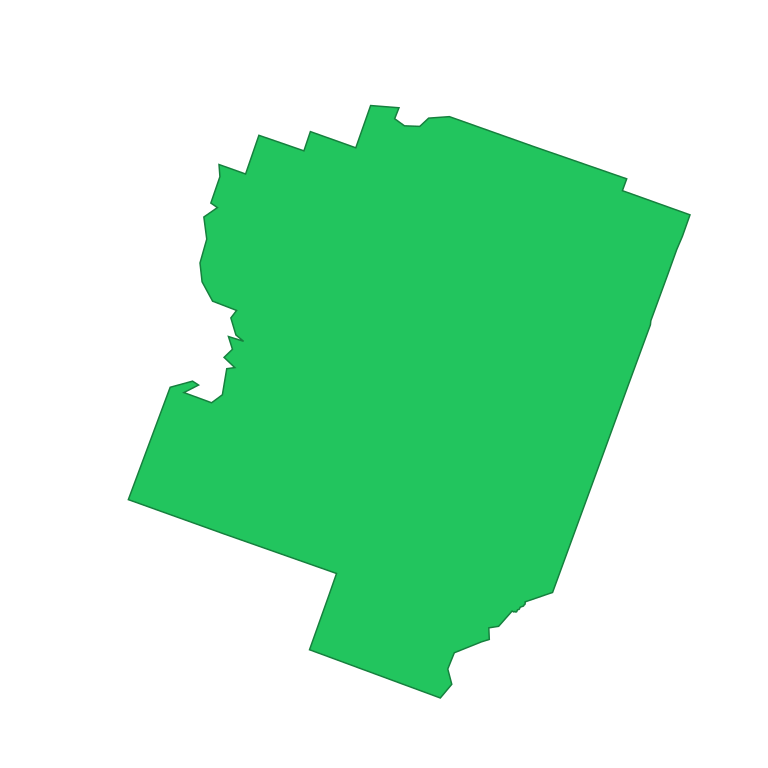 the district of Marion, Florida, United States of America, rotated 290°
{"feature_id": "52423323B27040576130410", "entity_name": "Marion", "entity_type": "district", "adm_level": 2, "iso_a3": "USA", "parent_name": "United States of America", "parent_adm1": "Florida", "projection": "equal_earth", "projection_center": [-82.102, 29.24], "detail": "fine", "context": "isolated", "style": "filled", "palette": "green", "viewbox_px": 768, "rotation_deg": 290, "n_neighbors": 0, "source": "geoboundaries", "source_scale": "gbopen_adm2", "svg_char_len": 1143}
<svg xmlns="http://www.w3.org/2000/svg" viewBox="0 0 768 768"><g transform="rotate(290 384 384)"><path d="M657.6,354.0L649.1,335.0L638.3,329.5L633.6,314.9L636.9,303.3L648.7,303.6L641.1,276.2L596.3,276.7L596.0,228.5L575.7,229.0L574.9,181.4L534.0,182.1L533.8,153.9L522.7,158.9L494.8,159.4L492.8,167.1L479.3,157.6L459.5,167.9L434.8,169.7L417.8,178.1L403.2,194.6L402.7,220.3L393.7,217.5L379.4,228.1L376.1,237.5L375.4,221.6L364.8,229.7L354.3,224.6L348.4,238.2L344.6,231.0L318.6,235.8L307.4,228.4L307.5,198.9L319.6,210.1L321.2,203.1L307.8,184.2L187.9,183.3L188.4,284.9L189.7,404.2L167.1,404.5L108.8,404.9L108.2,544.3L125.0,550.4L138.0,541.4L155.5,542.0L174.9,563.6L180.0,570.3L190.7,565.9L195.5,574.6L214.4,582.0L214.2,584.0L214.9,584.7L214.8,585.8L215.2,586.4L215.5,586.6L216.9,586.6L217.6,586.8L218.4,588.0L219.0,588.2L220.8,588.3L222.1,589.8L222.7,590.7L223.3,591.1L224.3,591.2L225.0,591.8L226.6,591.6L227.3,591.1L227.6,591.2L245.8,613.7L379.1,613.9L465.8,613.9L530.7,614.1L534.7,613.1L584.3,613.2L610.5,613.1L624.7,613.9L647.6,613.7L647.2,541.9L659.8,541.9L658.3,442.6L657.6,354.0Z" fill="#22c55e" stroke="#15803d" stroke-width="1.5"/></g></svg>